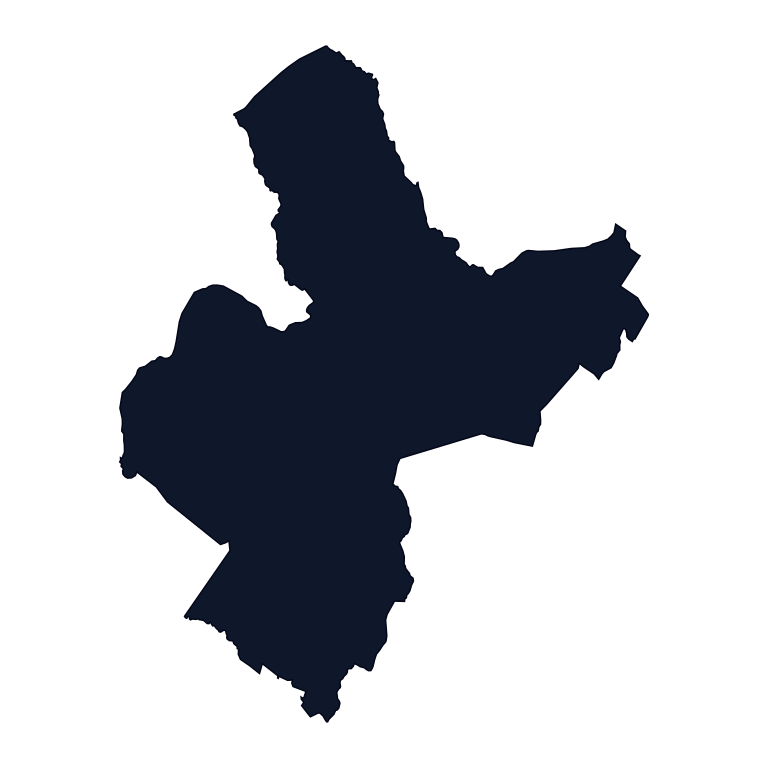 the district of Saldaña, Tolima, Colombia
{"feature_id": "7082276B58225097542438", "entity_name": "Saldaña", "entity_type": "district", "adm_level": 2, "iso_a3": "COL", "parent_name": "Colombia", "parent_adm1": "Tolima", "projection": "equal_earth", "projection_center": [-75.023, 3.912], "detail": "fine", "context": "isolated", "style": "filled", "palette": "ink", "viewbox_px": 768, "rotation_deg": 0, "n_neighbors": 0, "source": "geoboundaries", "source_scale": "gbopen_adm2", "svg_char_len": 6093}
<svg xmlns="http://www.w3.org/2000/svg" viewBox="0 0 768 768"><path d="M615.7,224.2L614.0,232.7L611.0,236.3L607.7,239.3L603.4,241.0L592.6,244.1L589.5,246.3L584.6,247.8L571.1,248.5L554.2,250.9L538.0,251.4L528.2,250.5L526.1,251.0L521.9,253.2L513.5,261.8L510.7,263.0L502.8,268.6L498.9,269.4L495.7,270.9L493.2,274.9L492.0,276.1L490.0,276.2L486.1,273.8L482.7,267.5L477.6,267.4L473.3,264.7L472.4,264.9L470.4,266.8L468.8,266.5L465.8,262.5L461.2,259.7L459.1,257.6L456.8,256.8L455.2,254.6L454.9,251.7L455.5,250.8L457.7,249.2L458.9,246.8L458.9,244.3L458.1,242.2L456.6,240.0L454.8,238.8L451.8,238.2L443.1,237.5L441.9,232.6L440.0,230.6L436.7,230.3L435.3,228.5L434.7,228.4L429.7,229.1L428.7,227.8L426.4,222.0L426.2,217.7L423.7,209.6L422.6,199.0L420.6,192.3L418.6,187.5L418.0,182.4L417.1,182.7L416.4,185.3L414.9,185.9L414.1,185.0L413.0,184.9L411.3,182.7L404.1,175.9L403.3,170.9L403.7,168.0L403.5,165.6L400.5,160.9L399.2,156.6L395.7,152.1L394.9,150.3L394.5,142.5L393.8,141.4L391.8,141.8L388.7,140.4L388.5,137.6L387.2,136.3L386.5,131.0L385.2,128.3L384.7,124.3L382.6,118.8L383.5,114.0L382.4,111.4L380.8,110.0L379.9,108.7L377.9,103.8L377.6,100.8L377.8,98.3L378.9,94.9L378.1,93.8L378.4,92.1L377.0,88.4L376.9,87.1L377.9,82.8L375.7,78.5L373.7,79.7L372.2,79.3L371.4,77.1L372.5,75.3L372.4,74.3L368.5,73.2L366.2,74.0L364.4,71.8L361.8,70.8L360.9,68.5L360.1,67.7L355.8,67.7L353.7,64.1L351.9,62.8L351.4,60.9L345.4,60.8L345.0,60.5L344.9,58.5L343.7,56.6L342.1,55.4L339.1,51.8L336.2,53.1L331.9,50.2L330.7,49.9L328.0,47.7L327.1,46.3L325.7,46.1L299.5,59.1L288.7,66.7L281.3,72.6L254.6,96.7L246.2,107.0L244.1,108.9L234.0,114.1L233.8,114.9L235.0,115.6L235.8,116.6L236.0,118.0L237.3,118.9L238.5,123.2L239.9,125.7L243.0,126.9L245.6,129.2L247.6,131.8L249.7,138.2L250.2,145.7L252.2,148.6L254.6,154.8L254.7,156.9L253.9,159.1L254.1,163.2L255.4,166.5L258.8,169.0L258.9,172.4L259.3,173.4L262.5,175.1L264.8,178.3L265.1,179.8L264.7,180.8L265.3,184.0L266.2,185.5L269.5,187.7L270.0,188.6L270.0,190.1L270.4,190.8L272.1,190.4L274.0,192.1L277.6,192.3L279.3,194.7L278.8,198.7L281.2,204.2L280.7,206.4L278.2,209.7L278.3,211.0L279.2,211.6L279.5,212.5L279.2,213.3L276.0,215.4L271.9,222.4L271.4,224.0L272.1,226.5L275.0,229.1L276.0,231.1L276.6,233.4L276.9,239.1L278.2,241.3L277.4,244.3L277.7,248.7L277.1,251.9L278.0,255.8L277.3,259.2L279.4,261.8L279.8,263.8L281.2,264.4L282.4,265.7L284.4,269.2L284.6,273.1L285.0,274.7L284.9,278.5L285.8,280.6L286.4,280.7L287.4,279.2L288.0,279.4L288.6,282.9L289.7,284.8L290.4,285.2L292.3,285.2L294.4,284.3L301.5,289.9L302.7,290.1L304.7,288.9L313.3,300.1L313.8,301.1L313.0,302.8L309.2,305.5L307.5,307.7L306.7,309.6L306.6,311.4L307.0,312.1L310.0,314.4L310.7,315.6L310.6,317.8L306.1,320.8L302.2,322.5L295.3,322.8L289.3,325.2L285.3,331.0L283.5,331.7L281.1,331.8L273.4,328.1L270.1,327.0L267.7,326.9L266.3,325.3L262.1,315.7L260.9,311.0L258.3,307.6L255.9,305.7L247.1,301.3L241.9,296.2L223.3,286.1L217.0,285.1L212.7,285.2L208.8,286.5L206.1,288.6L202.5,288.9L194.4,292.4L182.0,313.5L179.4,321.7L176.2,341.6L174.6,348.9L172.4,354.7L169.6,357.5L166.8,358.4L164.0,358.3L161.6,357.0L159.8,356.7L157.5,358.1L155.4,360.7L151.8,361.2L145.3,366.3L139.6,368.0L137.7,370.2L136.4,374.7L131.8,381.6L125.2,389.8L122.4,392.4L119.9,408.1L122.3,418.9L122.4,424.0L121.7,431.0L123.9,434.1L123.8,440.5L124.4,445.4L124.5,450.8L124.2,453.2L123.2,455.0L122.5,457.6L121.9,458.3L120.5,457.6L120.6,460.5L119.7,461.7L120.2,462.6L122.0,463.7L121.9,464.5L121.3,464.9L121.1,466.3L123.5,468.8L122.6,470.9L123.0,474.3L125.1,476.7L127.5,478.1L131.5,477.9L135.4,475.5L136.8,471.9L156.3,486.9L167.5,501.9L220.5,544.5L225.9,542.6L228.9,540.7L230.0,550.6L184.5,616.3L185.5,617.8L186.7,618.3L188.0,616.5L188.9,616.4L189.4,617.2L189.6,619.2L190.5,619.8L192.5,619.0L196.0,619.4L197.9,618.8L198.8,619.5L203.7,620.4L207.1,623.5L209.1,623.6L209.8,622.3L210.4,622.1L212.6,625.9L214.2,625.6L216.4,628.5L218.1,629.9L219.2,631.8L220.8,632.1L223.4,630.3L225.0,630.3L225.6,630.7L226.3,633.8L227.1,635.3L226.7,637.7L227.2,639.0L229.3,640.6L233.0,640.9L233.8,643.6L237.3,646.6L237.2,648.6L238.6,649.3L238.3,654.2L240.5,659.4L250.1,666.0L259.5,673.5L262.3,663.6L277.9,675.8L277.6,677.9L278.3,678.3L278.8,676.2L287.5,680.3L292.5,680.0L291.8,683.0L293.0,686.5L305.9,691.4L303.9,697.6L302.3,698.0L301.1,697.1L301.4,699.4L303.8,702.2L301.6,705.6L310.0,716.4L310.4,716.8L318.2,713.0L319.9,713.1L323.0,715.9L325.8,720.8L326.7,721.8L327.6,721.9L329.0,719.2L333.9,714.3L335.6,710.3L337.0,710.1L338.7,708.3L339.9,703.3L339.2,701.1L337.6,698.9L336.8,692.9L337.2,691.3L338.9,688.7L340.1,687.8L340.5,686.4L340.0,683.3L340.2,680.5L342.8,678.6L343.7,676.7L346.5,673.9L347.3,672.1L347.5,669.5L348.6,668.7L351.3,668.6L353.4,666.1L354.3,663.6L357.0,664.7L360.3,666.7L364.5,667.8L366.1,669.3L368.6,670.7L370.8,670.6L371.4,669.8L372.9,666.8L374.6,659.7L376.4,654.2L379.6,650.2L383.0,645.0L385.4,642.3L386.1,640.8L386.8,635.7L385.6,620.0L387.1,614.4L394.5,601.1L404.5,601.4L404.9,598.8L406.3,597.9L406.8,595.0L408.5,593.2L409.9,590.7L411.5,585.2L413.5,581.0L413.0,578.1L410.1,575.9L409.5,573.5L406.1,569.1L405.5,568.0L405.3,566.0L404.1,564.6L404.3,556.6L402.7,550.6L399.8,543.6L399.7,542.2L400.1,541.4L400.9,541.0L402.5,537.6L404.2,536.5L405.1,534.6L406.9,533.9L407.8,533.0L410.1,527.2L410.2,524.2L410.8,521.3L410.6,517.6L408.9,514.4L408.4,508.1L407.0,505.8L406.0,501.0L402.6,493.7L400.7,490.7L398.3,488.6L397.7,486.6L394.9,486.1L394.0,485.0L392.7,484.5L395.4,473.6L397.0,464.9L400.0,458.4L481.3,433.8L485.2,434.4L488.1,435.9L491.9,436.9L506.4,440.1L514.2,442.5L532.4,446.1L535.8,434.1L536.9,432.1L538.1,431.1L538.8,427.0L540.5,424.3L540.6,419.9L539.9,411.1L546.6,404.3L578.0,368.5L579.2,363.1L583.2,366.5L594.1,373.8L598.7,379.3L601.9,373.8L603.9,371.6L611.1,367.7L613.7,363.0L616.5,355.5L616.8,353.6L619.8,350.0L619.7,344.9L620.4,341.8L619.2,337.8L623.0,329.1L624.6,328.6L625.7,329.7L626.7,333.2L626.9,336.8L628.6,339.0L632.3,341.5L633.8,338.8L635.0,339.0L647.6,316.9L648.3,315.1L648.2,314.1L642.2,305.9L637.7,298.0L620.3,286.1L640.1,255.8L638.4,255.0L630.2,249.0L629.6,247.6L629.3,243.8L626.4,240.2L625.1,236.7L625.6,231.0L615.7,224.2Z" fill="#0f172a" stroke="#020617" stroke-width="1.5"/></svg>